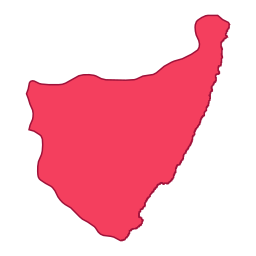 the district of La Cienaga, Barahona, Dominican Republic
{"feature_id": "3306468B5550416760665", "entity_name": "La Cienaga", "entity_type": "district", "adm_level": 2, "iso_a3": "DOM", "parent_name": "Dominican Republic", "parent_adm1": "Barahona", "projection": "natural_earth1", "projection_center": [-71.101, 18.096], "detail": "fine", "context": "isolated", "style": "filled", "palette": "rose", "viewbox_px": 256, "rotation_deg": 0, "n_neighbors": 0, "source": "geoboundaries", "source_scale": "gbopen_adm2", "svg_char_len": 5813}
<svg xmlns="http://www.w3.org/2000/svg" viewBox="0 0 256 256"><path d="M26.5,93.8L28.3,98.5L30.0,104.1L32.6,110.0L33.2,113.5L33.0,117.0L32.6,119.3L30.1,125.2L29.0,129.7L34.0,131.1L39.7,134.7L41.2,136.1L42.4,139.1L42.7,144.9L42.3,151.0L41.5,154.5L38.5,161.6L37.8,166.3L37.7,171.2L37.9,174.7L38.3,176.9L39.3,178.8L40.7,180.1L45.5,183.3L50.9,186.2L52.5,187.5L55.0,190.8L58.0,196.9L60.1,199.8L62.5,202.4L65.2,204.5L70.8,207.8L79.8,216.9L82.4,219.1L87.9,222.1L94.4,226.6L95.6,228.0L98.3,232.1L100.5,234.1L103.4,235.4L110.8,236.3L113.9,237.1L120.5,240.6L122.0,240.6L122.0,240.1L123.7,240.1L123.7,239.6L124.9,239.6L125.8,237.7L126.6,237.7L126.6,237.2L127.0,237.2L127.0,236.7L127.9,236.2L127.9,235.2L128.3,235.2L128.3,234.7L128.7,234.7L128.7,233.7L129.1,233.7L129.1,233.2L129.5,233.2L129.5,230.7L130.8,230.7L130.8,230.2L131.2,230.2L131.2,229.7L131.6,229.7L131.6,229.2L132.9,229.2L132.9,228.7L135.8,228.7L135.8,228.3L136.7,228.3L136.7,227.8L137.5,227.8L137.9,226.8L138.8,226.8L138.8,226.3L139.2,226.3L139.2,225.8L139.6,225.8L139.6,225.3L140.5,225.3L140.5,224.8L141.3,224.8L141.3,223.8L142.1,223.3L142.1,221.3L142.6,221.3L143.0,220.3L142.6,220.3L142.6,219.8L141.7,219.3L141.7,218.3L141.3,218.3L140.9,217.4L139.6,217.4L139.6,216.9L138.8,216.9L138.8,215.9L139.2,215.9L139.2,214.9L138.8,214.9L138.8,213.4L139.2,213.4L139.2,211.9L140.0,211.9L140.0,211.4L140.5,211.4L140.5,209.4L141.7,209.4L141.7,208.9L142.6,208.9L142.6,208.4L143.0,208.4L143.0,207.4L143.4,207.4L143.8,206.5L144.7,206.5L144.7,205.5L145.1,205.5L145.1,204.5L144.7,204.5L144.7,203.5L145.1,203.5L145.1,202.5L145.9,202.0L145.9,201.0L146.3,201.0L146.3,200.5L146.8,200.5L146.8,199.5L147.2,199.5L147.2,198.5L148.0,198.5L148.0,197.5L148.9,197.5L149.3,196.5L149.7,196.5L149.7,196.1L150.1,196.1L150.1,194.6L151.0,194.1L151.0,193.6L151.8,193.1L151.8,192.6L152.2,192.6L152.2,192.1L152.7,192.1L152.7,191.6L153.5,191.6L153.5,190.6L153.9,190.6L153.9,189.6L154.3,189.6L154.3,189.1L155.2,189.1L155.2,188.1L155.6,188.1L155.6,187.6L156.4,187.6L156.4,187.1L156.9,187.1L156.9,186.1L157.3,186.1L157.3,185.2L157.7,185.2L157.7,184.7L158.5,184.7L158.5,184.2L159.8,184.2L159.8,183.7L160.2,183.7L160.2,183.2L161.1,183.2L161.1,182.7L161.9,182.7L161.9,183.2L162.7,183.2L162.7,183.7L163.6,183.7L163.6,184.2L164.0,184.2L164.4,183.2L166.9,183.2L166.9,183.7L167.8,183.7L167.8,183.2L168.6,183.2L168.6,182.7L169.4,182.2L169.4,181.7L170.3,181.7L170.7,180.7L171.5,180.7L171.5,179.7L172.0,179.7L172.0,179.2L172.4,179.2L172.4,178.7L172.8,178.7L172.8,178.2L173.6,177.7L173.6,175.3L174.1,175.3L174.1,174.3L174.5,174.3L174.5,173.3L174.9,173.3L174.9,172.3L175.7,172.3L175.7,168.3L176.2,168.3L176.2,167.3L176.6,167.3L176.6,166.3L177.0,166.3L177.0,165.3L177.8,165.3L177.8,164.8L179.5,164.8L179.5,164.4L179.9,164.4L179.9,163.4L180.4,163.4L180.4,162.4L180.8,162.4L180.8,161.9L181.2,161.9L181.2,160.9L181.6,160.9L182.0,159.9L182.5,159.9L182.5,159.4L182.9,159.4L182.9,158.4L183.3,158.4L183.3,155.9L183.7,155.9L183.7,154.4L184.6,153.9L185.0,153.0L185.8,153.0L185.8,151.5L186.2,151.5L186.2,150.5L186.7,150.5L187.1,149.5L187.5,149.5L187.5,149.0L187.9,149.0L187.9,148.5L188.3,148.5L188.3,147.5L188.8,147.5L188.8,146.5L189.6,146.0L189.6,145.5L190.0,145.5L190.0,145.0L190.4,145.0L190.4,144.0L190.9,144.0L190.9,143.0L191.3,143.0L191.3,142.1L191.7,142.1L191.7,141.1L192.1,141.1L192.1,139.6L192.5,139.6L192.5,136.6L193.0,136.6L193.0,135.6L193.8,135.6L193.8,135.1L194.6,134.6L194.6,132.6L194.2,132.6L194.2,132.2L194.6,132.2L194.6,131.2L195.1,131.2L195.1,130.2L195.5,130.2L195.5,129.2L195.9,129.2L195.9,128.7L196.3,128.7L196.7,127.7L197.2,127.7L197.6,126.7L198.0,126.7L198.0,125.7L198.4,125.7L198.8,124.7L199.3,124.7L199.3,124.2L199.7,124.2L199.7,122.7L200.1,122.7L200.1,121.7L200.5,121.7L200.5,119.8L200.9,119.8L200.9,118.8L201.4,118.8L201.4,117.8L201.8,117.8L201.8,117.3L202.2,117.3L202.2,116.8L202.6,116.8L202.6,116.3L203.0,116.3L203.0,115.8L203.9,115.8L203.9,115.3L204.3,115.3L204.3,112.3L205.1,111.8L205.1,111.3L206.0,110.8L206.0,110.4L206.4,110.4L206.4,107.4L206.8,107.4L206.8,106.9L207.2,106.9L207.2,106.4L207.7,106.4L207.7,105.4L208.5,105.4L208.5,102.9L208.9,102.9L208.9,100.9L209.8,100.4L209.8,98.5L210.2,98.5L210.2,96.5L209.8,96.5L209.3,95.5L209.8,95.5L209.8,95.0L210.2,95.0L210.2,93.0L210.6,93.0L210.6,92.0L211.4,91.5L211.4,91.0L212.3,91.0L212.3,89.5L211.9,89.5L211.9,88.6L211.4,88.6L211.4,87.1L211.9,87.1L211.9,86.1L212.7,85.6L213.1,84.6L213.5,84.6L213.5,83.6L214.0,83.6L214.0,82.6L214.4,82.6L214.4,82.1L215.2,82.1L215.2,81.6L215.6,81.6L215.6,80.6L216.1,80.6L216.1,77.7L215.6,77.7L215.6,75.2L216.5,74.7L216.5,74.2L218.2,74.2L218.2,73.7L219.0,73.7L219.0,73.2L219.4,73.2L219.4,72.2L219.0,72.2L219.0,71.2L218.2,70.7L218.2,67.3L218.6,67.3L218.6,66.3L219.0,66.3L219.0,65.8L220.7,65.8L220.7,64.8L221.1,64.8L221.1,62.3L221.5,62.3L221.5,58.3L222.4,57.8L222.3,56.3L221.9,56.3L221.9,54.9L221.5,54.9L221.5,53.9L221.9,53.9L221.9,49.4L222.3,49.4L222.3,48.9L221.9,48.8L221.9,47.9L221.5,47.9L221.5,46.9L221.1,46.9L221.1,42.5L221.5,42.5L221.5,42.0L221.9,42.0L222.3,41.0L222.8,41.0L222.8,40.5L223.6,40.5L223.6,39.5L224.0,39.5L224.4,38.5L225.3,38.5L225.3,38.0L226.1,38.0L226.5,37.0L227.4,37.0L227.0,36.0L226.5,36.0L226.5,35.5L225.7,35.5L225.7,33.6L226.5,33.1L226.5,31.1L227.4,31.1L227.4,29.6L227.8,29.6L228.2,28.6L228.7,28.6L228.7,27.6L229.1,27.6L229.1,24.6L229.5,24.5L228.4,22.5L222.6,19.6L217.7,15.4L208.0,15.4L205.6,15.8L201.8,17.5L197.9,20.1L196.5,21.5L195.3,24.8L195.1,27.3L195.4,31.2L196.2,34.9L198.8,40.6L199.5,44.0L199.2,47.2L197.7,50.0L191.4,54.3L182.3,58.8L174.2,61.1L171.4,62.3L164.2,66.3L156.3,72.9L153.2,74.5L142.9,76.1L136.4,79.1L134.2,79.7L125.7,80.2L105.9,79.8L101.3,78.7L96.0,76.0L93.8,75.3L89.2,74.7L83.3,74.8L78.8,75.8L65.5,83.2L62.3,84.3L58.7,84.7L48.9,84.7L41.7,84.1L39.4,83.6L34.3,81.1L32.6,80.8L31.0,81.2L30.3,81.6L29.4,83.0L28.2,89.1L26.5,93.8Z" fill="#f43f5e" stroke="#9f1239" stroke-width="1.5"/></svg>